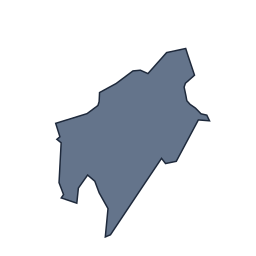 Union, New Jersey, United States of America (Albers equal-area conic projection), rotated 310°
{"feature_id": "52423323B67748143135818", "entity_name": "Union", "entity_type": "district", "adm_level": 2, "iso_a3": "USA", "parent_name": "United States of America", "parent_adm1": "New Jersey", "projection": "albers", "projection_center": [-74.293, 40.666], "detail": "fine", "context": "isolated", "style": "filled", "palette": "slate", "viewbox_px": 256, "rotation_deg": 310, "n_neighbors": 0, "source": "geoboundaries", "source_scale": "gbopen_adm2", "svg_char_len": 708}
<svg xmlns="http://www.w3.org/2000/svg" viewBox="0 0 256 256"><g transform="rotate(310 128 128)"><path d="M211.2,145.0L222.5,126.6L226.0,121.1L210.6,109.1L182.5,108.3L180.2,100.3L174.9,95.1L154.4,90.3L136.9,83.4L129.7,88.9L125.9,90.5L112.7,87.4L85.1,69.6L77.5,81.5L73.6,80.8L73.7,86.3L41.8,110.3L35.6,121.4L31.5,121.8L37.5,137.1L50.1,128.6L66.0,127.3L65.9,136.8L59.8,147.6L53.4,164.5L30.0,180.6L34.9,183.2L45.7,182.0L92.8,176.8L104.9,175.5L126.3,173.2L124.9,179.6L133.5,186.4L179.4,176.7L185.9,185.8L188.5,180.1L185.8,174.8L186.6,166.9L186.0,160.2L186.7,155.6L187.8,154.2L189.8,151.8L195.4,144.7L199.2,143.2L205.7,144.2L211.2,145.0L211.2,145.0Z" fill="#64748b" stroke="#1e293b" stroke-width="1.5"/></g></svg>